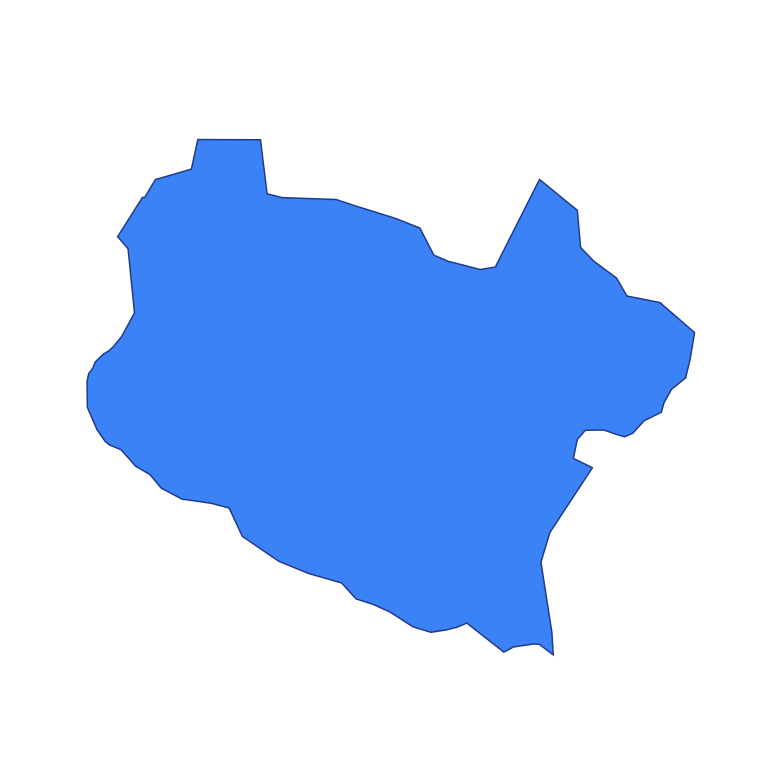 outline of Gbako, Niger, Nigeria, rotated 283°
{"feature_id": "59680162B42207826884677", "entity_name": "Gbako", "entity_type": "district", "adm_level": 2, "iso_a3": "NGA", "parent_name": "Nigeria", "parent_adm1": "Niger", "projection": "albers", "projection_center": [6.013, 9.318], "detail": "fine", "context": "isolated", "style": "filled", "palette": "blue", "viewbox_px": 768, "rotation_deg": 283, "n_neighbors": 0, "source": "geoboundaries", "source_scale": "gbopen_adm2", "svg_char_len": 1174}
<svg xmlns="http://www.w3.org/2000/svg" viewBox="0 0 768 768"><g transform="rotate(283 384 384)"><path d="M594.2,208.7L580.3,147.6L550.1,148.0L531.8,115.3L511.8,108.8L511.5,106.7L467.6,91.3L458.2,104.2L397.2,124.9L371.3,117.7L360.1,112.2L354.8,108.8L350.1,103.9L340.4,97.6L334.2,96.7L328.0,94.0L320.1,94.0L294.5,100.2L275.0,114.6L265.3,125.3L262.7,130.7L260.9,142.3L252.1,154.9L248.1,160.2L243.1,176.3L232.4,190.4L226.4,212.9L228.9,242.2L228.3,261.0L203.7,280.2L187.6,321.3L182.4,352.9L180.6,387.5L168.3,405.1L166.9,422.1L163.3,440.8L154.0,466.5L152.6,485.5L158.3,499.8L163.7,510.3L169.7,518.4L149.7,561.1L156.9,569.3L164.3,588.1L165.3,593.7L158.2,609.8L179.6,603.5L245.7,577.0L276.5,579.0L349.3,605.9L354.1,585.2L373.7,584.9L384.2,590.6L388.6,608.4L387.1,622.5L386.7,630.2L392.0,637.5L406.7,645.7L418.9,660.6L428.6,661.0L443.4,665.3L457.9,676.5L477.7,676.7L504.0,675.0L523.8,637.6L525.4,635.0L524.4,600.9L539.5,586.8L550.9,560.7L561.3,544.8L596.7,533.3L618.3,489.5L524.8,466.6L523.2,466.5L517.2,452.1L518.0,419.0L520.7,403.7L544.0,383.9L547.9,358.3L551.2,314.5L553.0,295.9L542.7,242.8L543.0,227.3L594.2,208.7Z" fill="#3b82f6" stroke="#1e3a8a" stroke-width="1.5"/></g></svg>